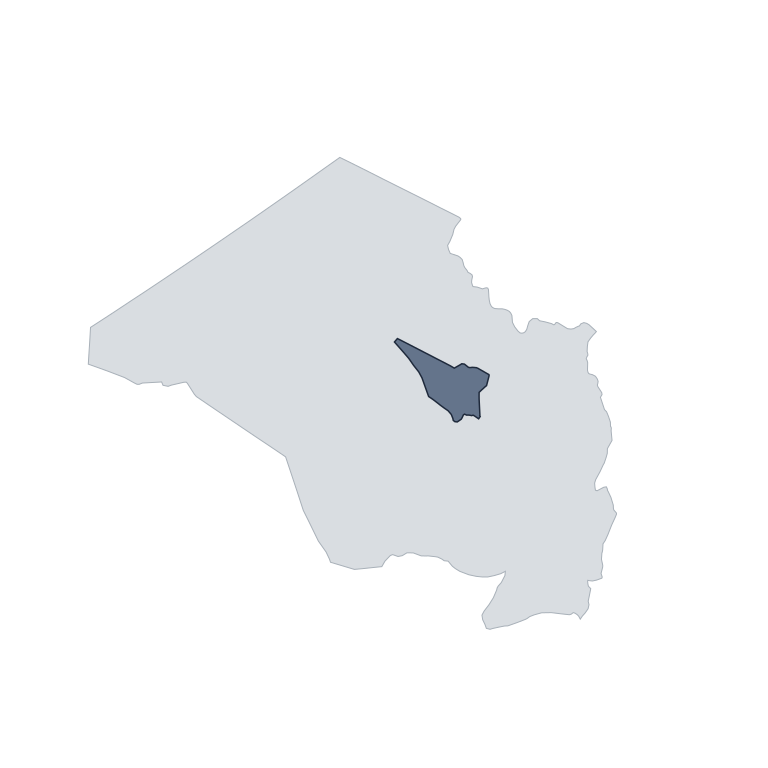 Batha Est, Batha, Chad (highlighted), rotated 298°
{"feature_id": "50815135B79604505945545", "entity_name": "Batha Est", "entity_type": "district", "adm_level": 2, "iso_a3": "TCD", "parent_name": "Chad", "parent_adm1": "Batha", "projection": "orthographic", "projection_center": [19.699, 14.229], "detail": "fine", "context": "in_parent", "style": "filled", "palette": "slate", "viewbox_px": 768, "rotation_deg": 298, "n_neighbors": 0, "source": "geoboundaries", "source_scale": "gbopen_adm2", "svg_char_len": 4648}
<svg xmlns="http://www.w3.org/2000/svg" viewBox="0 0 768 768"><g transform="rotate(298 384 384)"><path d="M563.3,238.6L563.8,254.6L564.2,270.5L564.5,286.5L564.9,302.5L565.3,318.5L565.7,334.5L566.0,350.5L566.4,366.5L566.5,371.8L566.1,373.9L565.9,374.2L565.2,374.6L557.0,373.2L553.4,373.2L548.4,374.5L541.0,375.2L536.2,375.1L533.0,377.9L530.4,381.2L531.8,389.2L531.5,391.8L530.6,394.6L528.3,396.9L526.1,398.8L524.8,400.5L523.2,404.1L522.0,405.8L522.1,408.1L521.7,410.5L520.4,411.7L516.9,412.7L514.7,413.7L512.9,415.5L511.8,416.8L512.4,418.4L513.3,420.7L513.9,424.2L514.2,426.3L516.0,428.0L517.0,429.2L517.4,430.6L516.4,431.9L512.2,434.5L510.5,435.5L508.6,436.8L507.8,437.3L504.8,439.8L503.2,442.0L502.5,443.8L502.6,446.3L504.2,450.0L505.9,453.2L506.6,455.6L507.0,458.2L506.9,460.7L506.0,462.8L504.5,464.8L498.7,468.5L495.8,472.6L493.6,477.5L493.0,480.2L493.6,481.9L494.9,483.4L496.6,484.2L499.2,484.4L503.4,483.5L507.3,482.9L511.5,484.6L513.7,488.7L512.9,491.7L514.5,497.1L516.0,503.7L515.9,505.9L516.5,506.7L519.1,507.1L519.7,508.6L519.0,520.1L520.3,523.3L522.0,525.6L524.0,526.8L526.0,528.3L527.1,529.3L529.4,529.5L532.0,531.6L532.7,534.4L532.6,537.1L531.1,542.9L530.0,546.9L528.5,546.6L525.4,545.7L521.6,544.9L517.0,544.3L512.7,545.9L508.0,548.1L506.5,549.6L505.2,550.5L503.1,550.4L501.2,550.7L500.2,552.2L498.5,553.8L491.7,557.2L490.2,558.5L489.4,559.7L489.4,561.0L490.1,563.7L490.1,567.1L488.6,569.9L486.9,571.8L484.9,572.5L483.2,572.9L482.1,574.0L478.6,580.3L477.0,581.5L473.9,581.3L464.9,590.7L464.0,593.5L460.8,597.4L456.6,601.8L452.9,603.9L452.6,604.7L451.6,605.5L449.3,606.5L441.3,611.8L431.8,611.6L427.6,613.7L423.5,614.6L417.5,615.6L415.7,615.5L408.0,615.9L398.9,615.8L395.4,616.5L392.2,618.5L389.8,620.3L389.4,620.9L389.8,621.6L389.7,622.2L396.0,626.5L397.6,628.6L396.0,630.7L395.2,631.0L394.1,632.7L390.4,637.6L384.7,643.3L381.8,645.0L380.7,646.0L379.2,649.8L378.2,650.4L374.3,650.8L366.6,651.2L356.0,652.4L349.6,652.8L345.7,652.4L340.1,655.0L338.1,655.6L336.9,655.8L331.3,658.3L326.7,662.2L325.1,663.0L318.6,664.6L316.0,667.3L314.8,667.5L310.7,663.8L307.9,660.5L306.6,657.2L306.4,656.1L305.6,656.3L303.3,657.8L301.4,659.4L300.4,662.6L293.8,664.6L288.0,666.3L285.4,668.6L281.4,669.7L276.3,669.1L272.3,668.1L268.5,667.7L270.4,664.9L271.1,662.8L271.3,660.1L271.0,658.4L268.7,657.4L267.3,656.0L264.0,647.7L260.7,639.1L256.0,630.6L250.8,625.1L247.0,621.8L245.8,621.3L243.9,620.3L242.5,619.3L235.7,613.4L228.6,606.9L226.8,603.9L223.2,599.5L219.3,594.9L217.2,592.8L216.3,589.1L219.2,585.9L222.2,581.8L225.9,579.0L230.6,579.0L238.3,580.3L246.7,580.9L255.0,580.2L257.2,579.6L259.3,579.7L263.8,580.8L271.6,580.7L275.6,579.1L271.3,576.1L266.7,571.4L262.4,566.3L259.9,561.7L257.5,555.8L255.4,548.5L254.2,539.0L254.5,533.7L255.2,529.9L257.7,523.8L256.2,520.1L256.6,517.2L256.4,512.8L255.7,510.6L252.8,503.3L252.2,502.5L249.7,497.5L248.6,489.1L245.7,483.5L241.0,480.7L238.3,477.4L237.4,471.7L235.5,470.1L228.0,468.0L221.7,467.8L217.3,461.2L211.6,452.8L206.4,444.9L203.3,429.4L201.5,420.5L203.9,417.9L208.5,411.7L214.5,399.8L227.8,381.5L234.5,372.1L247.9,358.2L264.3,341.0L273.5,331.3L275.4,313.4L277.3,294.5L278.8,280.2L280.6,263.3L282.1,249.1L283.2,238.8L284.8,224.2L285.9,221.4L292.3,210.1L292.8,208.6L291.7,206.6L283.2,196.8L280.6,194.5L279.1,189.5L281.4,186.7L271.4,170.2L268.9,168.1L267.8,166.1L267.7,163.2L267.9,151.9L265.7,134.2L262.7,113.6L275.0,108.0L284.3,103.8L296.2,98.3L307.0,104.3L322.6,112.9L338.3,121.4L354.0,130.0L369.8,138.5L385.7,147.0L401.6,155.5L417.5,163.9L433.5,172.3L449.6,180.7L465.7,189.1L481.9,197.4L498.1,205.7L514.4,214.0L530.7,222.2L547.0,230.4L563.3,238.6Z" fill="#d9dde1" stroke="#a8b0b8" stroke-width="1"/><path d="M397.7,483.9L400.5,484.2L400.8,483.7L401.1,483.3L401.3,483.3L401.5,483.3L406.7,480.2L415.1,475.2L418.0,473.6L421.3,471.9L425.2,473.2L425.9,473.5L428.8,474.5L430.7,475.3L440.7,472.9L441.6,472.2L441.6,471.0L441.6,470.8L441.9,460.8L441.9,460.6L442.0,460.3L441.8,457.9L441.4,457.0L441.3,456.8L441.1,456.2L440.0,453.8L439.7,453.5L439.4,453.1L439.0,452.4L438.7,451.9L438.6,451.5L438.4,450.9L438.4,450.3L438.6,449.6L438.7,449.0L438.7,448.8L438.8,448.4L439.3,445.8L439.3,445.6L438.4,443.2L438.1,443.0L437.0,442.4L431.0,438.6L431.2,434.1L431.0,418.0L430.5,377.4L430.4,374.5L426.0,373.5L421.3,386.0L418.3,393.7L414.3,401.5L411.0,409.0L407.2,414.7L400.0,422.6L393.9,429.3L393.3,434.7L392.2,441.2L391.8,443.3L391.0,448.7L390.5,453.1L388.7,457.7L385.9,461.0L384.4,462.2L384.0,464.2L384.9,466.5L386.6,467.4L389.1,468.7L390.7,468.8L392.6,468.7L394.0,468.6L395.2,469.3L395.3,471.5L396.2,473.1L396.8,474.6L397.2,476.2L398.3,477.3L398.3,478.7L397.7,483.9Z" fill="#64748b" stroke="#1e293b" stroke-width="1.5"/></g></svg>